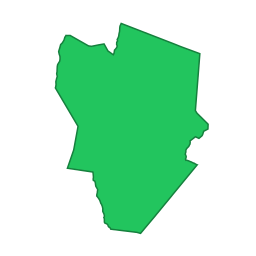 Nsoc Nsomo, Kié-Ntem, Equatorial Guinea, rotated 188°
{"feature_id": "11065452B43435483695389", "entity_name": "Nsoc Nsomo", "entity_type": "district", "adm_level": 2, "iso_a3": "GNQ", "parent_name": "Equatorial Guinea", "parent_adm1": "Kié-Ntem", "projection": "natural_earth1", "projection_center": [11.077, 1.936], "detail": "fine", "context": "isolated", "style": "filled", "palette": "green", "viewbox_px": 256, "rotation_deg": 188, "n_neighbors": 0, "source": "geoboundaries", "source_scale": "gbopen_adm2", "svg_char_len": 2546}
<svg xmlns="http://www.w3.org/2000/svg" viewBox="0 0 256 256"><g transform="rotate(188 128 128)"><path d="M149.4,59.6L149.5,58.8L149.6,57.6L149.5,56.7L149.5,56.3L148.9,55.9L148.8,55.7L147.6,54.5L147.5,54.4L145.9,52.5L144.3,49.4L143.9,49.1L143.2,48.0L142.6,46.9L142.5,46.7L141.7,44.6L141.7,44.4L141.4,42.0L140.7,40.8L140.2,40.1L140.0,39.9L139.2,37.8L139.1,37.6L139.1,37.4L139.1,37.1L139.5,36.0L138.9,35.1L138.9,34.9L138.8,34.7L138.6,33.6L138.3,31.5L137.5,30.5L136.2,30.3L135.8,30.2L134.7,29.4L134.5,29.2L134.4,29.1L133.9,28.0L133.3,27.3L132.4,27.1L132.1,26.9L131.9,26.7L131.0,25.4L104.7,25.9L103.2,25.7L100.9,25.4L97.5,30.9L88.6,45.1L88.2,45.8L87.8,46.5L87.4,47.1L87.0,47.8L86.9,47.9L82.1,55.8L75.4,66.7L74.9,67.6L54.4,101.1L54.5,101.1L55.3,101.4L57.4,102.2L57.5,102.2L57.5,102.3L58.6,102.5L59.6,102.8L60.6,103.2L60.8,103.2L61.8,103.4L62.6,103.7L64.5,104.1L65.5,104.2L66.2,104.4L66.3,104.3L66.4,104.5L66.7,105.0L66.7,105.7L66.5,106.0L66.4,106.5L66.4,107.3L66.4,107.6L66.4,107.8L67.0,109.1L67.2,109.4L67.6,109.8L67.6,110.0L67.6,110.8L67.5,111.5L67.4,112.0L67.4,112.4L67.6,113.8L67.5,114.5L67.4,114.9L66.9,115.9L66.5,116.6L66.2,117.0L65.9,117.3L65.8,117.5L65.2,118.3L65.2,118.5L64.8,119.7L64.4,120.6L64.4,120.8L64.4,121.0L64.4,122.0L64.4,122.3L64.7,123.6L64.8,123.8L60.0,128.7L56.3,127.6L53.7,130.5L53.2,131.7L52.6,135.3L48.7,138.1L49.2,142.9L61.7,152.2L63.7,154.6L67.2,211.6L87.0,215.9L94.3,217.7L149.3,230.6L150.0,228.1L150.1,227.8L150.1,225.9L149.9,223.9L149.8,222.2L150.0,220.2L150.0,217.9L150.2,216.5L150.9,214.4L151.0,214.2L150.9,214.0L150.9,213.8L150.4,212.7L151.0,211.5L151.1,211.4L151.1,211.1L150.9,209.3L150.9,209.1L150.8,208.9L150.1,207.8L150.3,206.4L150.9,205.1L152.1,203.3L152.2,203.2L152.2,202.9L152.2,201.2L152.3,199.8L152.8,198.5L158.6,201.5L163.4,207.9L168.7,206.2L175.5,203.8L178.5,203.8L198.2,211.6L201.8,211.0L202.2,211.1L203.2,209.0L203.6,206.1L204.9,203.1L206.3,201.3L206.7,198.0L207.1,195.6L207.3,194.0L206.3,191.3L206.0,190.8L205.3,189.3L204.9,186.9L204.9,184.7L205.7,182.9L206.5,181.0L206.6,179.1L206.4,176.7L206.1,173.8L206.2,171.8L205.2,169.2L205.6,167.0L205.7,165.6L205.9,164.2L205.7,162.9L205.3,161.0L205.3,159.0L205.5,157.6L177.7,122.7L178.7,98.7L182.4,79.7L156.7,79.5L156.4,78.8L156.0,77.2L155.4,74.5L155.4,74.4L155.4,72.5L155.0,71.2L153.9,71.0L153.8,70.9L153.6,70.8L153.5,70.7L153.4,70.6L152.8,69.3L152.8,69.2L152.7,69.1L152.2,67.1L151.7,65.7L150.7,64.5L149.6,63.0L149.5,62.8L149.4,62.7L149.4,62.3L149.4,62.2L149.5,61.3L149.4,59.9L149.4,59.7L149.4,59.6Z" fill="#22c55e" stroke="#15803d" stroke-width="1.5"/></g></svg>